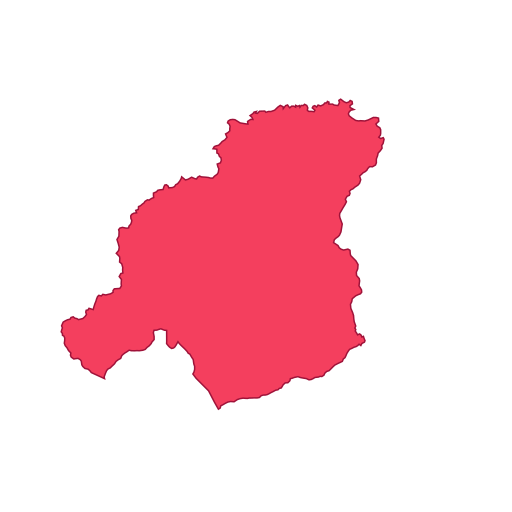 Marianópolis do Tocantins, Tocantins, Brazil, rotated 119°
{"feature_id": "56859067B16841021210330", "entity_name": "Marianópolis do Tocantins", "entity_type": "district", "adm_level": 2, "iso_a3": "BRA", "parent_name": "Brazil", "parent_adm1": "Tocantins", "projection": "orthographic", "projection_center": [-49.708, -9.772], "detail": "fine", "context": "isolated", "style": "filled", "palette": "rose", "viewbox_px": 512, "rotation_deg": 119, "n_neighbors": 0, "source": "geoboundaries", "source_scale": "gbopen_adm2", "svg_char_len": 5993}
<svg xmlns="http://www.w3.org/2000/svg" viewBox="0 0 512 512"><g transform="rotate(119 256 256)"><path d="M95.9,199.4L91.8,200.6L90.8,202.1L92.8,203.9L92.6,206.2L90.0,205.8L88.3,206.4L85.1,208.2L83.8,209.9L83.7,213.0L82.4,215.1L78.7,213.9L76.0,215.7L76.6,218.0L77.9,220.5L82.6,223.8L85.1,226.2L87.0,230.2L88.1,231.7L89.1,234.5L88.8,238.9L88.2,242.5L86.9,244.1L85.1,244.4L82.6,243.8L80.4,241.4L80.5,245.7L79.0,246.7L76.2,245.4L74.2,246.9L74.3,249.0L76.4,249.5L78.2,251.3L78.4,253.8L77.8,258.0L79.7,259.0L81.5,257.3L84.7,257.3L86.1,260.9L86.0,262.6L87.1,264.5L87.8,266.1L86.1,266.7L86.2,268.5L87.8,268.4L88.8,270.0L90.9,270.4L93.4,272.2L93.9,274.9L96.3,275.2L96.0,277.5L97.3,278.6L99.2,278.6L99.9,275.1L101.7,275.2L102.6,277.6L104.0,280.1L103.6,281.8L101.3,282.5L99.7,284.6L99.8,287.1L101.5,287.6L102.4,289.5L104.6,289.7L103.4,291.0L104.8,292.0L105.0,294.3L106.6,293.5L106.6,295.5L107.7,297.5L110.0,298.3L109.4,300.0L108.6,301.6L110.1,303.0L113.9,303.6L112.3,304.7L112.5,307.8L115.2,309.1L119.5,310.4L122.4,313.0L123.5,315.1L125.5,317.0L125.0,318.6L126.3,320.8L127.6,323.0L130.7,324.0L131.3,325.7L129.4,325.7L131.1,327.5L132.9,327.7L136.1,329.3L136.7,326.7L138.1,324.9L139.1,326.9L142.4,328.6L144.5,327.0L145.3,328.8L147.3,334.4L147.1,337.9L147.0,340.5L147.8,342.5L149.3,344.6L151.5,345.8L153.3,345.5L153.7,343.3L155.2,341.5L157.5,340.6L159.2,339.6L161.7,340.4L164.0,341.8L166.3,338.9L169.5,339.5L172.3,341.1L174.3,341.5L177.3,342.4L178.9,344.2L180.5,345.5L183.0,345.6L182.3,343.9L181.6,342.0L184.9,340.1L184.8,338.4L186.7,336.2L187.0,334.4L189.1,332.7L191.8,332.3L194.4,334.5L196.6,332.4L197.7,330.8L201.3,329.5L203.3,329.6L206.3,331.0L208.9,331.6L210.0,333.8L210.4,335.7L211.5,338.3L213.3,342.2L213.4,344.1L215.5,345.3L217.4,345.3L218.0,346.9L218.3,350.5L221.8,352.6L223.7,354.6L222.8,359.4L224.4,359.0L227.4,359.0L230.8,359.6L232.6,360.8L234.8,360.9L236.7,362.3L238.7,365.4L237.5,366.6L237.1,368.9L238.2,370.2L240.2,370.1L242.9,369.5L245.0,372.5L246.2,373.8L248.0,374.1L250.7,376.2L253.0,374.9L254.5,373.8L256.3,375.3L258.9,376.6L259.5,378.2L262.1,379.6L263.9,379.7L265.8,380.6L268.1,381.4L269.7,382.7L272.4,381.5L274.4,383.3L276.1,381.4L277.8,383.6L279.9,384.9L281.7,385.0L283.8,383.6L285.0,382.0L286.7,381.3L288.8,381.0L291.5,381.6L293.1,381.0L294.2,382.3L294.9,384.0L295.7,386.7L297.6,388.6L299.6,388.9L301.0,387.6L305.2,385.5L309.0,385.6L311.6,382.8L314.6,379.9L317.7,378.8L321.4,379.5L322.7,375.1L324.0,374.0L327.4,372.4L327.9,369.7L330.6,367.0L332.9,365.9L335.4,364.2L336.9,365.7L340.3,365.7L341.8,362.3L345.8,360.4L347.4,359.2L350.4,359.4L352.0,361.9L353.4,364.0L355.5,364.3L357.1,363.4L359.6,364.9L361.4,366.9L362.9,368.5L363.8,371.4L365.9,371.9L366.6,374.4L368.3,374.9L370.9,374.6L373.0,374.1L376.2,373.7L379.6,373.0L381.8,372.4L382.7,376.7L384.6,376.8L385.8,378.2L387.6,377.7L389.4,375.9L391.8,376.2L394.6,377.1L397.7,380.4L397.6,382.3L398.2,384.4L397.8,386.4L399.5,388.0L401.4,388.0L403.1,389.9L405.2,391.4L407.3,392.6L411.3,392.2L412.7,390.5L414.3,390.2L416.8,389.6L417.6,387.8L419.2,386.8L419.2,385.1L420.5,383.5L422.8,382.3L425.2,381.4L426.9,379.4L427.9,376.8L429.6,374.1L430.6,370.9L432.7,370.2L434.0,368.6L434.4,365.4L433.3,364.1L431.8,362.0L431.9,359.3L432.7,357.8L435.6,355.6L436.6,353.9L437.3,351.1L436.4,348.1L436.8,345.9L437.8,343.5L436.7,329.0L435.4,330.2L431.7,330.8L428.6,331.1L426.4,330.6L424.5,329.2L422.6,328.7L420.8,328.1L418.9,327.5L416.0,327.3L413.5,326.2L411.2,324.7L408.2,325.1L406.3,324.5L404.3,323.6L402.2,322.4L399.9,321.3L399.3,319.2L397.8,316.3L396.5,314.3L395.4,312.1L393.3,309.3L391.4,307.6L388.8,307.0L386.2,305.8L383.4,305.2L381.7,305.3L378.5,304.6L375.8,306.1L372.8,308.6L370.4,309.2L368.9,306.8L367.4,305.5L365.8,303.9L365.3,300.1L364.4,298.1L374.2,292.6L376.0,291.7L377.1,289.0L377.6,287.4L377.8,285.0L376.4,283.5L374.9,282.9L372.5,282.7L368.8,282.7L369.7,280.8L370.3,278.9L371.0,276.3L371.7,273.6L372.3,271.7L372.9,269.9L373.9,268.2L373.9,266.2L375.6,263.4L377.0,260.7L378.9,259.3L380.6,258.0L382.2,256.2L384.9,254.7L387.6,254.0L389.8,254.0L392.0,249.1L394.0,242.2L396.9,232.1L404.1,221.3L408.2,214.6L406.3,213.6L404.1,214.2L402.4,213.0L399.7,211.4L397.4,209.8L395.6,207.7L394.1,204.5L392.3,203.6L390.6,202.7L388.6,200.9L386.6,198.4L385.6,196.2L384.7,194.4L383.6,193.2L382.4,191.1L380.8,188.5L379.5,186.1L378.1,184.4L375.6,183.7L374.1,182.2L373.1,180.5L371.9,179.1L370.4,178.0L368.1,176.6L366.3,175.3L363.9,173.8L362.3,171.9L360.6,171.5L359.1,169.9L355.4,169.8L352.8,168.9L351.4,166.7L348.7,165.9L346.6,166.5L345.5,165.2L343.6,163.6L341.2,160.8L340.8,158.3L339.8,155.3L338.8,152.5L338.6,149.6L337.2,147.8L335.2,146.4L333.7,145.6L332.6,144.1L331.6,142.7L330.2,141.6L329.5,140.0L327.3,138.8L325.2,139.0L322.7,138.2L320.9,136.5L317.9,135.6L315.7,135.0L313.2,134.2L310.2,132.2L308.3,130.8L306.3,129.4L303.7,129.7L301.8,128.9L299.7,129.0L297.3,129.3L294.8,129.2L292.3,128.9L290.3,127.4L288.2,126.0L286.8,124.6L285.1,123.6L283.2,123.1L283.5,120.9L281.2,121.0L278.8,119.4L277.2,119.6L275.7,121.5L274.2,123.1L275.5,124.1L274.2,125.8L273.9,127.6L275.7,128.9L274.7,130.5L273.5,132.8L271.9,133.1L271.1,134.6L268.9,134.8L265.9,138.2L263.7,139.9L260.8,141.8L258.6,144.1L255.8,147.7L252.4,150.0L249.6,150.1L246.7,151.1L242.5,149.5L240.4,148.0L238.4,146.3L236.4,146.0L234.5,147.3L233.1,149.6L232.1,151.5L227.5,153.3L225.7,154.8L224.3,158.6L221.5,160.4L217.9,160.8L214.0,162.6L211.8,166.3L209.7,173.4L208.4,174.6L205.4,176.6L205.4,179.0L208.3,182.2L208.8,184.9L208.5,187.1L207.1,189.3L206.7,194.6L203.8,195.4L201.6,194.7L199.1,193.5L197.3,193.1L193.7,193.4L186.2,196.1L181.8,201.2L180.2,202.5L178.2,203.4L174.2,203.3L172.1,203.3L167.8,203.1L164.7,203.2L163.0,205.4L159.6,205.3L157.7,203.8L155.7,204.1L154.1,205.7L151.8,205.0L150.3,203.8L147.8,202.9L144.6,201.2L142.2,200.7L138.5,201.4L135.8,204.2L133.4,203.3L131.3,202.7L129.1,201.3L127.1,200.6L125.5,200.7L122.8,200.0L121.5,197.4L118.5,195.6L116.1,195.9L114.4,196.9L112.7,197.8L109.3,198.3L106.8,199.1L103.7,198.3L100.6,198.0L98.4,199.6L95.9,199.4Z" fill="#f43f5e" stroke="#9f1239" stroke-width="1.5"/></g></svg>